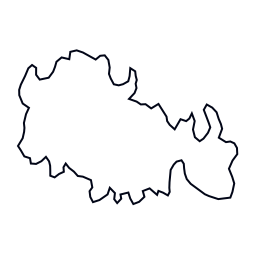 Iguatu, Paraná, Brazil, rotated 92°
{"feature_id": "56859067B2553347747506", "entity_name": "Iguatu", "entity_type": "district", "adm_level": 2, "iso_a3": "BRA", "parent_name": "Brazil", "parent_adm1": "Paraná", "projection": "orthographic", "projection_center": [-53.086, -24.68], "detail": "fine", "context": "isolated", "style": "outline", "palette": "ink", "viewbox_px": 256, "rotation_deg": 92, "n_neighbors": 0, "source": "geoboundaries", "source_scale": "gbopen_adm2", "svg_char_len": 1834}
<svg xmlns="http://www.w3.org/2000/svg" viewBox="0 0 256 256"><g transform="rotate(92 128 128)"><path d="M54.1,175.7L52.2,182.0L53.9,188.3L61.3,189.1L59.8,196.8L64.3,201.8L69.5,203.1L74.4,204.8L80.5,209.0L82.7,217.9L78.0,221.7L71.1,221.9L68.4,226.1L71.8,229.7L79.7,232.7L88.4,236.6L93.7,238.1L99.0,237.8L107.2,234.1L111.3,227.7L117.7,230.4L126.6,232.2L131.5,231.5L135.5,231.7L141.9,232.9L149.8,237.3L154.1,234.3L160.0,230.6L161.6,224.9L166.9,223.8L167.1,218.6L164.2,213.4L159.7,209.0L164.1,205.7L168.4,204.5L173.1,204.2L178.4,204.0L179.9,199.6L176.3,195.2L174.0,190.6L169.5,191.1L165.7,189.0L169.9,185.5L173.5,180.5L177.7,176.5L178.2,171.4L181.4,163.2L188.6,161.6L192.5,164.2L198.2,163.3L203.3,160.4L201.0,154.0L195.1,146.1L188.4,144.1L193.5,138.8L199.6,139.3L203.4,136.2L198.9,132.3L194.7,133.2L192.5,125.4L198.4,123.3L203.8,120.0L201.4,114.3L196.2,109.2L190.5,111.0L187.6,104.3L193.8,96.6L189.8,95.4L191.4,90.7L194.0,85.8L190.4,84.1L186.4,84.6L180.7,84.6L168.4,83.9L163.0,81.0L159.9,78.3L158.4,73.4L161.8,71.0L166.4,70.5L171.6,69.6L177.0,67.5L181.6,63.4L191.5,48.9L193.2,44.7L195.9,35.3L194.0,23.3L188.2,21.4L179.7,19.9L173.3,22.1L165.2,25.7L156.9,22.4L150.3,17.9L144.1,18.4L139.6,21.2L137.9,25.3L138.7,29.6L134.5,36.9L125.5,33.9L120.8,35.3L115.7,37.7L109.2,40.0L104.7,44.5L101.8,50.1L107.2,52.9L113.3,50.3L120.5,47.3L124.5,45.8L130.0,47.9L136.0,52.2L138.7,55.9L134.9,60.8L127.3,63.0L118.7,61.6L111.2,64.7L116.4,67.0L119.1,70.1L117.4,75.8L127.7,81.3L123.4,86.4L119.7,89.1L115.3,89.9L102.9,98.4L107.6,105.5L103.6,111.3L104.0,116.0L101.3,120.3L98.9,128.0L92.9,122.7L87.8,120.9L83.5,121.9L79.7,120.9L75.7,122.1L71.1,122.8L68.1,127.8L76.1,128.2L81.3,129.4L84.4,134.5L85.7,138.8L84.8,143.7L79.1,147.0L74.6,148.9L68.2,148.4L60.7,150.0L56.2,153.8L56.8,158.3L60.7,162.7L54.1,175.7Z" fill="none" stroke="#020617" stroke-width="2"/></g></svg>